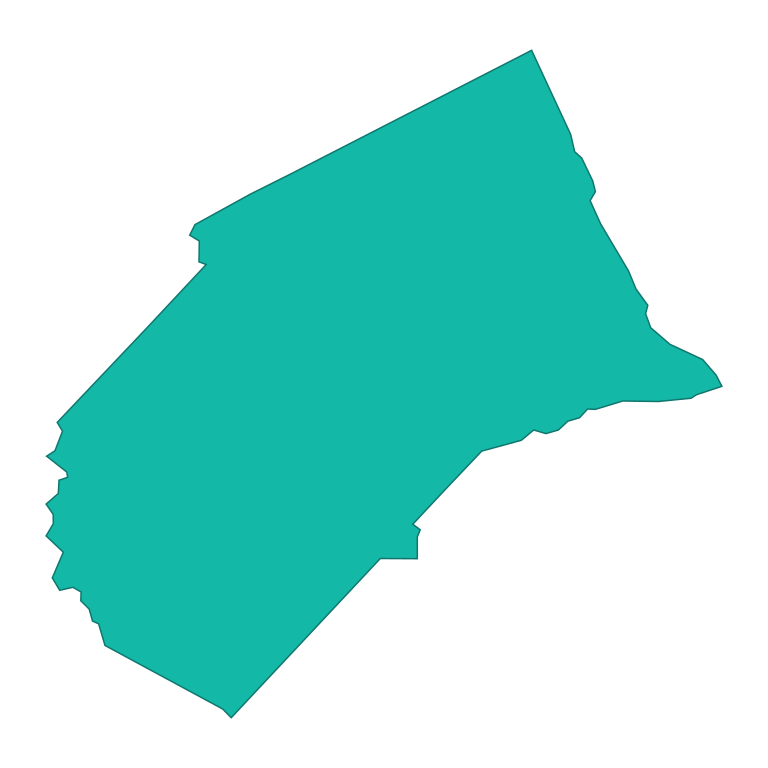 Merced, California, United States of America (Equal Earth projection)
{"feature_id": "52423323B6642778687362", "entity_name": "Merced", "entity_type": "district", "adm_level": 2, "iso_a3": "USA", "parent_name": "United States of America", "parent_adm1": "California", "projection": "equal_earth", "projection_center": [-120.697, 37.187], "detail": "fine", "context": "isolated", "style": "filled", "palette": "teal", "viewbox_px": 768, "rotation_deg": 0, "n_neighbors": 0, "source": "geoboundaries", "source_scale": "gbopen_adm2", "svg_char_len": 938}
<svg xmlns="http://www.w3.org/2000/svg" viewBox="0 0 768 768"><path d="M231.2,717.7L380.3,558.5L417.3,558.7L417.3,536.9L420.2,529.8L412.8,524.2L444.9,489.9L481.7,451.1L521.3,440.3L533.7,430.0L545.9,433.6L558.4,430.0L567.8,421.2L579.6,417.7L587.6,409.0L595.2,409.4L622.8,401.0L658.3,401.5L691.2,398.2L696.5,394.7L721.9,386.3L716.1,375.1L702.7,359.6L669.9,344.3L650.7,327.7L645.6,313.7L647.8,305.3L636.0,289.0L628.6,271.1L600.6,223.8L590.1,200.6L595.4,191.7L592.8,181.1L581.7,158.0L574.7,151.8L570.7,134.5L531.6,50.3L290.0,174.3L250.0,194.3L195.0,224.6L189.7,235.2L199.3,241.0L199.0,261.9L206.2,264.5L148.1,326.6L57.2,422.4L62.5,431.2L55.0,450.7L46.6,456.2L66.8,472.1L67.6,477.3L59.0,480.2L58.3,493.5L46.1,504.1L53.2,514.4L53.3,523.7L46.1,535.9L63.3,552.2L52.3,577.9L59.7,590.3L72.9,587.3L81.1,592.0L80.8,600.8L89.2,609.1L92.5,621.1L98.6,623.8L105.0,645.5L222.8,709.1L231.2,717.7Z" fill="#14b8a6" stroke="#0f766e" stroke-width="1.5"/></svg>